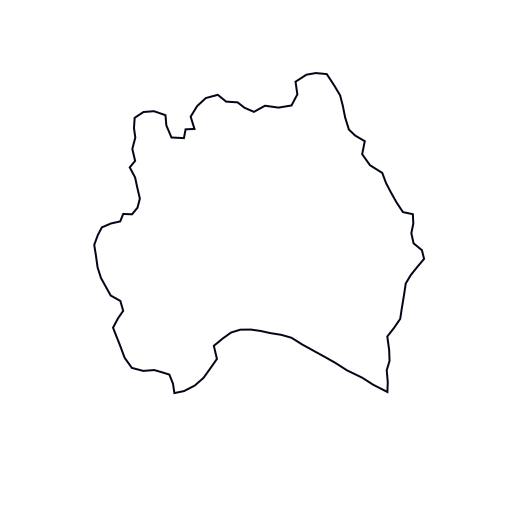 the district of Santo Antônio do Rio Abaixo, Minas Gerais, Brazil, rotated 157°
{"feature_id": "56859067B70415979137862", "entity_name": "Santo Antônio do Rio Abaixo", "entity_type": "district", "adm_level": 2, "iso_a3": "BRA", "parent_name": "Brazil", "parent_adm1": "Minas Gerais", "projection": "mercator", "projection_center": [-43.247, -19.236], "detail": "fine", "context": "isolated", "style": "outline", "palette": "ink", "viewbox_px": 512, "rotation_deg": 157, "n_neighbors": 0, "source": "geoboundaries", "source_scale": "gbopen_adm2", "svg_char_len": 1527}
<svg xmlns="http://www.w3.org/2000/svg" viewBox="0 0 512 512"><g transform="rotate(157 256 256)"><path d="M188.2,79.5L184.0,88.4L180.3,99.8L174.1,107.2L170.2,117.3L166.6,130.6L157.0,135.9L147.8,141.8L142.4,150.6L134.9,162.4L128.9,172.2L121.1,177.9L112.8,182.4L102.4,187.7L101.0,196.5L106.0,206.1L104.1,216.3L98.5,224.4L95.3,233.2L103.6,239.0L105.7,250.4L107.0,262.2L107.8,272.4L107.3,283.1L115.6,295.0L118.5,308.2L111.0,319.2L117.7,328.2L121.1,336.1L119.8,348.8L117.4,360.4L115.8,371.0L117.4,382.6L119.8,395.8L129.4,401.0L138.7,403.2L151.5,401.0L154.8,388.6L164.5,380.7L177.3,383.8L189.0,390.8L201.6,389.5L208.7,397.0L212.9,404.6L223.2,409.8L228.2,419.3L240.4,421.0L251.6,417.0L261.7,409.8L263.0,397.0L271.3,400.1L276.3,392.7L287.5,398.1L287.5,411.3L284.3,421.0L293.4,429.2L303.3,432.5L313.7,430.6L318.4,421.3L320.8,412.2L328.0,402.9L330.1,390.8L337.6,386.9L336.6,375.5L338.4,366.2L340.5,354.2L346.2,346.8L353.8,342.8L361.8,346.6L367.5,340.9L376.7,342.6L386.7,342.6L393.5,337.0L400.6,329.4L403.1,319.2L406.3,307.3L407.3,296.3L405.2,276.4L398.4,267.6L399.7,257.4L407.3,252.6L415.6,245.9L415.9,235.4L416.1,226.6L416.7,213.7L414.0,201.5L404.7,194.3L394.3,190.8L388.1,185.8L382.1,180.7L382.3,170.9L384.7,161.7L375.1,159.8L362.9,160.7L352.0,164.3L342.6,170.0L332.2,176.5L329.9,189.8L318.7,193.1L308.8,195.3L299.2,194.3L289.5,190.3L280.9,185.1L273.2,179.6L263.6,173.6L255.3,166.9L248.2,156.7L239.9,146.1L231.3,135.2L224.5,126.3L217.0,115.3L205.8,102.5L198.6,91.9L188.2,79.5Z" fill="none" stroke="#020617" stroke-width="2"/></g></svg>